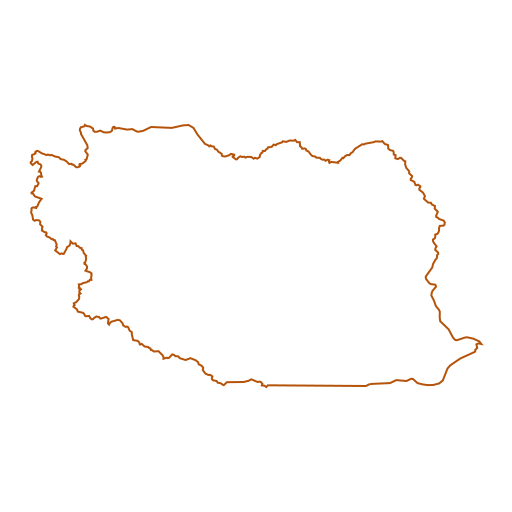 Lacar, Neuquén, Argentina
{"feature_id": "61730980B88853023630124", "entity_name": "Lacar", "entity_type": "district", "adm_level": 2, "iso_a3": "ARG", "parent_name": "Argentina", "parent_adm1": "Neuquén", "projection": "equal_earth", "projection_center": [-71.392, -40.311], "detail": "fine", "context": "isolated", "style": "outline", "palette": "amber", "viewbox_px": 512, "rotation_deg": 0, "n_neighbors": 0, "source": "geoboundaries", "source_scale": "gbopen_adm2", "svg_char_len": 5939}
<svg xmlns="http://www.w3.org/2000/svg" viewBox="0 0 512 512"><path d="M365.9,386.0L369.1,384.4L371.8,383.9L390.0,383.1L396.3,380.1L406.4,381.0L411.4,378.7L413.1,379.1L417.5,383.1L422.7,384.4L427.5,385.1L433.1,385.0L439.0,383.5L442.8,380.5L447.5,368.5L450.3,365.3L460.3,358.5L474.3,352.1L475.2,351.5L475.2,350.2L475.7,349.4L477.2,348.0L476.4,344.3L478.7,343.4L481.3,344.0L479.3,341.4L473.1,338.6L467.2,337.3L465.1,337.5L456.9,340.2L455.1,339.9L453.0,337.6L448.6,329.3L440.2,321.2L439.7,317.5L439.8,311.7L439.1,310.0L435.9,306.1L434.0,300.7L431.4,295.6L431.7,292.8L432.6,290.7L436.0,286.7L435.7,285.3L435.0,284.6L431.3,284.2L429.4,283.3L426.1,279.0L425.7,277.2L425.8,276.5L432.3,267.4L433.0,264.1L435.5,259.6L436.8,258.3L437.1,255.1L438.2,254.0L438.1,252.6L435.2,249.8L435.5,248.1L436.6,246.3L433.6,242.5L433.0,240.9L433.0,239.5L434.8,238.3L435.3,236.7L435.2,234.6L437.3,233.9L438.3,232.7L439.0,230.8L439.1,227.8L439.8,225.9L443.6,225.6L444.4,224.8L444.8,222.5L443.8,220.7L438.9,218.9L437.9,217.7L436.3,217.1L436.1,215.9L437.8,211.7L434.7,208.7L435.0,206.0L431.8,204.5L431.0,202.8L428.2,202.6L424.1,199.0L423.9,198.4L424.9,196.5L424.7,195.6L423.0,192.6L419.3,189.7L419.3,188.4L420.2,187.3L420.3,186.2L417.8,184.7L416.3,185.3L415.4,184.9L414.3,181.8L410.8,180.1L410.7,178.8L411.8,177.5L412.1,176.0L409.1,173.3L409.2,171.3L406.2,167.8L405.1,164.3L405.3,161.3L404.1,160.9L401.0,157.8L399.7,157.9L397.8,159.1L395.3,158.3L395.6,155.2L393.8,154.6L393.6,151.8L393.0,150.8L390.1,150.1L388.3,148.7L388.0,145.0L384.8,144.0L382.3,141.1L380.8,141.6L375.4,141.4L374.0,142.1L365.3,143.7L363.8,144.5L362.3,144.2L354.9,148.9L352.6,152.1L350.5,153.5L349.5,155.1L347.1,155.0L345.1,156.2L343.3,158.2L342.5,157.8L340.1,160.7L337.9,161.9L338.1,162.8L331.2,161.9L329.5,162.9L328.9,161.8L329.3,160.2L327.6,159.7L325.5,160.8L324.3,159.6L322.5,159.7L321.1,159.1L319.8,157.8L316.3,157.7L315.2,156.5L312.9,156.2L311.5,155.4L308.4,151.4L306.4,150.5L305.8,149.0L304.6,148.4L302.2,148.8L301.6,147.5L300.0,146.1L299.8,142.2L297.1,142.2L295.2,139.9L293.9,140.7L289.7,140.5L286.2,141.9L282.8,141.3L282.1,142.3L276.6,144.2L275.9,145.2L273.6,144.6L271.8,146.8L267.9,147.4L267.6,148.5L265.9,149.6L264.9,151.0L262.8,150.9L262.4,152.6L261.4,152.9L260.0,155.1L259.7,157.0L257.3,158.6L255.0,157.8L253.7,158.7L251.3,157.0L247.5,156.8L245.5,157.6L244.5,156.7L242.0,157.0L240.4,156.3L238.1,157.7L237.0,159.3L236.0,159.4L232.6,156.9L232.6,156.4L234.0,155.7L234.2,154.6L230.9,153.9L229.2,155.2L225.2,156.5L222.4,156.1L221.9,155.6L221.7,153.8L218.2,151.6L217.0,149.7L215.0,149.0L213.9,146.6L211.3,146.2L210.6,145.5L209.3,146.4L208.4,145.4L205.0,143.9L197.4,134.4L193.4,127.8L188.5,125.0L183.0,125.4L171.8,127.9L151.1,127.0L143.0,130.9L138.5,131.7L137.1,131.6L132.3,129.1L127.1,129.6L118.6,128.0L115.2,128.5L115.3,127.7L114.3,126.8L113.9,126.9L114.0,127.5L113.2,127.1L112.5,128.1L112.1,130.4L111.3,131.3L109.7,132.2L106.4,132.5L103.8,132.3L100.2,130.6L97.3,131.7L94.7,131.8L93.4,130.8L93.0,128.5L89.6,126.4L86.9,126.1L85.0,125.0L84.9,125.8L84.1,126.4L80.8,127.3L80.0,128.7L79.8,130.4L81.0,132.7L81.0,134.0L87.3,145.2L87.7,148.1L85.5,150.0L85.3,151.3L87.8,154.6L86.6,159.2L85.5,159.8L85.9,160.2L85.4,161.3L82.2,163.6L79.6,164.1L79.4,165.0L80.2,165.7L79.5,166.6L77.6,167.3L76.0,167.1L73.5,164.7L72.2,164.7L71.6,163.8L69.2,164.1L66.4,161.3L64.0,159.8L60.7,159.1L58.7,157.2L55.1,156.5L51.5,154.9L49.8,155.3L47.9,154.5L46.6,155.1L41.6,153.2L38.0,151.0L36.8,150.9L35.2,152.2L35.6,153.1L34.9,153.9L32.1,155.0L31.9,156.7L32.5,158.7L31.8,161.3L30.8,162.0L30.7,163.1L32.6,165.0L36.4,161.9L37.6,161.7L38.2,163.5L40.5,164.4L41.3,165.6L41.2,167.1L39.0,171.6L40.3,171.8L40.9,172.6L41.4,175.5L42.0,176.6L40.9,176.9L39.6,176.2L38.2,176.7L36.8,179.6L36.9,181.1L38.6,183.1L38.4,183.8L37.1,186.2L35.4,186.1L33.9,190.9L31.5,192.6L31.6,193.4L32.9,193.5L34.9,196.4L41.6,198.8L39.1,202.2L37.2,206.6L35.7,207.1L35.9,207.9L33.2,207.4L31.9,207.9L31.4,208.7L31.6,210.1L31.1,212.5L32.4,215.5L33.1,219.7L34.8,220.8L35.9,220.1L39.0,220.3L40.3,221.7L40.1,224.3L42.6,226.8L41.9,228.4L42.2,229.3L41.9,230.5L44.5,232.1L46.2,232.4L46.7,233.4L45.8,235.1L47.2,236.6L49.5,237.4L51.6,239.1L53.1,239.2L53.5,240.1L54.9,240.2L56.7,244.7L56.1,246.5L57.0,247.4L55.2,250.4L59.9,254.1L61.6,253.4L63.1,254.0L63.8,253.8L66.3,249.3L67.0,247.2L69.5,245.6L70.4,243.4L70.5,241.3L73.0,243.7L75.5,243.3L76.6,246.0L78.2,246.1L79.9,247.8L81.6,248.1L81.8,249.7L83.0,250.3L83.7,252.9L86.2,255.9L85.7,256.9L86.2,258.5L85.8,260.4L85.2,262.2L84.3,262.8L84.6,264.0L85.4,264.1L87.0,266.4L87.1,268.2L85.5,270.7L90.1,272.3L91.6,273.5L91.3,275.0L91.6,275.5L91.1,277.4L91.4,279.9L89.8,279.8L88.9,281.4L87.8,281.3L86.8,282.2L82.6,283.2L81.5,284.2L78.8,284.4L79.2,286.7L78.7,287.9L79.5,288.9L80.4,288.5L81.0,289.4L79.4,290.5L79.4,292.5L80.5,293.5L79.0,294.3L78.9,295.8L79.3,296.8L79.0,299.0L76.3,302.1L73.8,303.3L74.6,305.0L73.9,305.3L73.4,306.7L77.0,309.4L77.8,311.6L83.0,312.8L83.9,313.5L85.1,315.9L85.9,316.3L89.0,315.9L90.5,318.4L91.9,319.4L93.0,319.2L94.2,317.8L96.4,316.5L99.2,317.1L100.1,318.4L100.9,318.6L106.1,316.9L108.6,319.0L107.9,323.3L109.1,324.6L109.8,323.2L111.4,321.7L117.7,319.9L119.9,320.3L122.5,323.2L123.3,325.5L125.7,326.9L127.0,326.6L128.1,327.1L129.6,330.6L131.8,332.2L131.9,334.8L133.2,340.1L137.6,340.8L139.3,342.4L139.6,344.1L140.1,344.6L141.7,343.9L144.6,346.5L148.2,347.0L149.1,348.0L150.4,348.4L150.9,350.0L151.6,349.9L153.9,351.5L158.5,351.2L162.7,355.4L163.5,357.0L163.5,358.7L166.9,357.7L167.9,358.2L169.1,357.8L172.2,354.4L174.4,355.1L175.3,356.2L178.1,356.3L179.8,358.2L185.6,360.0L190.4,358.2L195.6,360.2L198.1,362.2L198.7,364.3L201.4,365.6L203.1,367.5L203.2,368.4L202.7,369.9L205.4,373.6L208.4,375.0L210.1,374.8L212.4,376.4L211.8,378.7L212.8,380.2L216.6,381.0L217.7,382.7L220.6,383.2L223.3,385.1L223.9,385.1L226.8,382.2L243.6,382.0L248.9,380.7L251.3,379.3L257.6,382.0L259.7,381.6L260.9,382.1L262.4,383.7L261.8,385.4L264.5,385.7L266.2,387.0L267.9,385.3L365.9,386.0Z" fill="none" stroke="#b45309" stroke-width="2"/></svg>